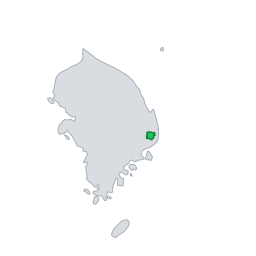 Yangsan-si, South Gyeongsang, South Korea (highlighted), rotated 332°
{"feature_id": "91817680B11624916188823", "entity_name": "Yangsan-si", "entity_type": "district", "adm_level": 2, "iso_a3": "KOR", "parent_name": "South Korea", "parent_adm1": "South Gyeongsang", "projection": "robinson", "projection_center": [129.018, 35.401], "detail": "fine", "context": "in_parent", "style": "filled", "palette": "green", "viewbox_px": 256, "rotation_deg": 332, "n_neighbors": 0, "source": "geoboundaries", "source_scale": "gbopen_adm2", "svg_char_len": 4048}
<svg xmlns="http://www.w3.org/2000/svg" viewBox="0 0 256 256"><g transform="rotate(332 128 128)"><path d="M77.7,65.2L78.5,64.6L78.6,63.7L78.6,60.7L81.1,58.6L84.5,54.3L86.3,52.0L88.2,49.8L90.4,48.4L92.6,47.7L96.1,47.4L102.7,47.7L103.9,47.4L108.5,47.2L109.6,47.6L112.9,47.8L116.6,47.5L118.5,46.9L120.2,45.8L121.7,43.9L123.3,40.3L124.9,37.5L125.9,37.0L132.6,52.0L139.1,61.7L144.6,68.7L152.5,82.2L154.8,89.4L155.0,93.9L156.3,100.1L155.2,103.6L155.5,109.2L155.0,112.0L154.1,114.1L154.1,118.2L154.4,120.4L154.4,123.2L155.0,124.3L155.9,124.8L157.4,123.7L159.1,123.3L158.8,126.7L156.7,135.5L154.9,141.8L152.4,147.3L149.1,152.4L145.3,154.4L142.6,155.1L137.4,155.4L133.1,154.5L129.5,155.1L128.0,156.2L126.9,158.0L127.7,160.8L127.6,162.9L126.0,162.7L122.9,161.5L119.4,161.3L117.8,160.7L116.1,157.8L114.5,157.9L111.6,159.6L107.1,160.0L105.6,161.0L105.0,162.2L105.7,163.8L107.9,165.8L107.1,167.9L104.8,168.9L102.9,166.4L101.8,163.9L100.4,163.7L98.4,164.5L98.0,167.2L98.9,169.0L100.5,171.1L98.3,173.6L97.7,175.3L96.1,176.6L91.9,173.8L92.5,171.8L94.3,169.9L94.6,167.9L94.0,166.7L87.9,171.7L84.1,177.4L82.1,177.0L81.3,175.5L80.1,174.9L76.1,178.6L75.3,181.5L73.8,181.6L73.2,180.4L73.1,177.7L72.5,175.5L68.3,172.3L66.4,169.5L67.4,167.9L70.9,168.8L73.7,168.7L73.2,167.3L72.3,166.7L74.1,166.0L75.7,164.4L74.4,164.0L72.4,164.9L70.8,164.4L70.2,160.8L68.3,157.0L67.3,153.3L69.3,151.2L70.3,148.0L72.1,143.2L73.1,141.7L75.6,140.6L76.5,139.4L75.1,138.7L72.9,138.2L73.0,136.8L74.5,136.1L76.2,134.6L79.4,132.7L80.4,129.3L79.5,128.4L77.5,127.6L78.0,125.8L78.8,124.5L78.5,123.7L76.2,121.4L74.6,119.4L75.1,117.1L74.8,113.5L75.0,110.6L74.9,108.9L73.8,105.3L73.3,101.7L71.8,102.2L70.5,103.1L66.1,101.8L64.8,101.8L64.2,99.1L65.8,95.8L69.6,92.8L71.7,92.5L73.4,91.2L75.9,90.8L78.9,92.8L81.6,93.2L83.1,96.6L84.0,97.3L84.2,96.1L86.4,94.6L87.0,93.5L86.5,92.8L84.0,92.2L81.7,88.0L81.4,86.1L80.6,84.9L81.9,81.5L79.3,77.7L78.0,76.4L78.2,72.9L76.9,70.7L76.2,69.5L75.7,67.4L76.1,66.4L77.3,66.1L77.7,65.2ZM67.8,218.3L66.5,219.0L65.3,218.6L65.0,218.2L63.6,216.3L63.2,215.3L64.2,213.4L68.1,210.3L78.2,207.3L80.0,207.2L84.0,208.5L84.8,210.9L84.1,212.9L83.2,214.3L78.6,216.7L74.9,217.8L67.8,218.3ZM135.9,165.3L133.2,167.4L129.7,164.6L128.8,163.0L131.5,160.8L133.8,158.2L135.4,158.1L135.9,165.3ZM117.0,165.0L116.6,168.3L114.6,168.5L113.5,166.4L112.2,167.4L111.6,167.4L110.6,164.8L110.4,162.7L112.8,161.2L114.2,162.1L116.2,162.6L117.0,165.0ZM65.5,179.7L63.7,180.2L62.7,179.0L62.0,178.7L62.4,177.2L65.3,174.2L65.9,173.2L68.6,173.8L69.6,175.4L68.3,177.8L65.5,179.7ZM74.5,66.7L74.4,71.1L72.8,71.0L71.8,70.5L71.4,69.6L70.4,65.5L71.5,63.8L73.8,65.2L74.5,66.7ZM63.8,167.6L63.5,168.4L62.2,168.1L61.0,165.8L60.5,164.0L59.3,163.0L61.3,161.4L63.8,164.2L63.8,167.6ZM71.3,108.4L70.9,110.6L69.0,109.2L68.6,104.4L70.4,105.8L71.3,108.4ZM196.2,75.4L195.0,76.4L193.5,75.4L193.3,74.3L194.1,73.4L195.9,72.9L196.7,73.7L196.2,75.4ZM80.0,180.6L80.5,182.2L78.2,181.9L77.0,180.3L77.2,179.0L78.6,178.8L80.0,180.6ZM109.5,171.5L109.1,172.5L107.7,170.9L109.1,169.2L109.5,171.5Z" fill="#d9dde1" stroke="#a8b0b8" stroke-width="1"/><path d="M143.1,140.7L142.8,141.1L142.6,141.5L142.2,141.7L141.9,141.9L142.0,142.1L142.2,142.3L142.2,142.6L142.2,142.9L142.2,143.1L141.5,143.2L141.3,143.3L141.1,143.4L140.8,143.5L140.6,143.8L140.7,144.1L140.9,144.2L141.0,144.4L140.8,144.7L140.7,144.8L140.2,144.8L139.9,145.2L139.7,145.5L139.7,145.8L139.7,146.0L139.9,146.2L140.0,146.3L140.3,146.3L140.5,146.4L140.9,146.5L141.1,146.6L141.2,146.9L141.3,147.0L141.7,147.2L141.9,147.3L142.0,147.4L142.2,147.5L142.4,148.1L142.5,148.3L142.6,148.5L142.8,148.7L143.0,148.8L143.3,149.2L143.4,149.4L143.6,149.4L144.0,149.4L144.3,149.3L146.4,148.4L146.5,148.1L146.7,147.6L146.8,147.3L146.9,146.9L147.1,146.5L147.4,146.6L147.8,146.9L148.5,146.9L148.6,146.5L148.8,145.9L148.7,145.8L148.7,145.6L148.9,145.4L149.0,145.2L149.1,144.9L149.1,144.7L148.8,144.1L148.2,144.1L147.8,144.1L147.6,144.0L147.3,143.8L146.7,143.2L146.3,142.4L145.7,141.8L145.2,141.6L144.3,141.4L143.9,141.2L143.2,140.8L143.1,140.7Z" fill="#22c55e" stroke="#15803d" stroke-width="1.5"/></g></svg>